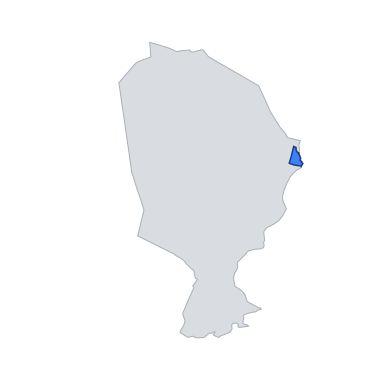 location of Diffa, Diffa, Niger, rotated 296°
{"feature_id": "23599985B49279802347692", "entity_name": "Diffa", "entity_type": "district", "adm_level": 2, "iso_a3": "NER", "parent_name": "Niger", "parent_adm1": "Diffa", "projection": "robinson", "projection_center": [12.611, 13.482], "detail": "fine", "context": "in_parent", "style": "filled", "palette": "blue", "viewbox_px": 384, "rotation_deg": 296, "n_neighbors": 0, "source": "geoboundaries", "source_scale": "gbopen_adm2", "svg_char_len": 3784}
<svg xmlns="http://www.w3.org/2000/svg" viewBox="0 0 384 384"><g transform="rotate(296 192 192)"><path d="M285.5,267.0L282.5,267.1L280.7,267.6L278.5,269.5L276.1,270.3L273.1,271.9L271.2,273.2L269.5,274.3L267.0,276.8L266.2,278.7L263.8,279.1L260.4,278.8L258.3,276.9L253.3,274.8L250.0,274.0L248.5,273.7L240.9,273.4L232.8,274.2L228.6,275.1L227.9,275.3L225.5,276.6L223.6,277.9L218.3,284.2L211.3,284.0L207.2,283.3L203.7,282.3L198.7,279.4L192.7,274.9L190.3,274.3L188.2,274.0L187.5,274.0L180.3,278.5L178.9,278.4L177.1,278.9L176.0,280.0L175.2,280.5L174.3,280.6L173.2,280.4L172.0,279.7L170.9,278.5L168.0,273.5L167.4,272.7L166.1,271.2L164.0,268.9L162.5,267.9L161.6,267.6L160.6,267.8L154.7,265.8L148.9,263.8L147.6,264.0L146.7,264.5L144.7,266.0L142.3,266.3L139.3,266.1L137.7,265.9L135.0,266.4L133.2,267.1L130.9,268.1L127.8,270.9L127.0,271.3L126.2,271.7L125.2,279.5L124.3,281.8L122.8,284.9L119.7,287.8L117.7,289.6L117.6,292.0L117.4,295.9L117.3,298.6L117.5,300.3L117.1,301.2L117.0,301.9L117.1,303.1L117.6,303.6L117.8,304.3L117.6,304.9L116.7,305.6L115.6,303.8L114.2,302.6L112.7,302.1L111.7,301.2L111.2,299.9L109.2,297.5L104.7,292.7L104.2,292.6L103.5,292.4L102.2,293.0L101.4,293.7L100.8,294.1L100.0,294.1L97.8,294.7L96.0,295.5L96.0,296.1L96.8,299.8L96.4,301.7L95.6,300.8L93.1,297.1L91.4,294.4L91.1,293.8L90.9,292.9L91.0,292.5L91.7,292.2L93.3,291.8L93.6,291.5L93.7,290.8L93.5,289.4L92.6,287.5L91.7,286.3L91.2,286.0L90.2,286.0L89.2,286.2L87.2,287.7L86.4,288.0L84.4,287.8L82.6,287.5L81.5,286.8L78.3,283.7L74.8,280.5L73.3,280.1L73.0,279.7L72.7,277.3L72.8,274.3L73.0,273.5L74.5,274.0L76.1,274.2L76.6,273.7L75.4,272.6L73.6,271.5L72.9,269.9L72.4,269.4L71.6,268.8L70.6,268.5L69.7,268.0L69.1,267.6L68.0,267.4L66.9,267.0L65.3,264.4L63.8,261.9L62.9,259.9L62.5,258.6L63.0,256.6L62.6,255.8L60.9,253.7L59.4,251.8L59.8,248.8L60.1,246.3L60.2,244.7L60.4,243.8L60.6,242.8L61.6,242.5L64.1,242.5L68.8,243.0L72.7,242.4L72.9,242.4L75.7,239.7L78.7,236.9L83.2,236.6L88.1,236.3L92.0,236.2L97.5,235.9L102.1,235.8L107.3,235.5L107.5,234.3L107.8,233.9L108.3,233.9L112.2,234.6L115.8,235.3L116.1,232.8L119.3,229.8L121.1,229.1L121.5,228.6L122.1,227.6L122.5,226.0L122.7,224.9L123.3,223.9L123.8,222.2L124.5,219.2L126.3,216.0L127.4,211.7L127.6,207.5L127.9,204.4L128.4,203.7L128.4,198.1L128.5,192.5L128.5,187.7L128.6,181.8L128.6,176.6L128.7,170.9L128.7,165.8L128.7,162.5L132.4,161.7L136.2,160.9L141.7,159.6L147.7,158.3L154.2,156.9L155.7,156.0L160.6,151.2L162.9,149.0L167.3,144.6L170.7,141.2L175.1,137.0L179.7,132.7L183.3,129.2L189.1,125.3L197.7,119.5L206.4,113.6L215.0,107.7L223.7,101.9L232.3,96.0L240.9,90.1L249.5,84.3L258.1,78.4L266.7,80.6L274.9,82.8L283.1,84.9L285.1,86.1L289.5,90.2L295.1,95.6L295.3,95.7L295.6,95.7L301.0,92.5L308.0,88.4L309.9,99.5L311.3,109.1L311.4,115.2L311.5,116.7L312.0,117.8L313.3,118.9L318.6,127.7L317.5,129.2L318.3,131.9L319.6,133.1L324.0,138.3L324.6,139.4L324.3,140.2L321.3,146.3L320.8,147.9L320.2,155.7L319.8,161.3L319.3,168.9L318.6,178.0L318.1,185.7L317.4,195.8L316.7,205.4L312.3,210.7L304.6,220.1L298.2,227.7L295.0,232.8L288.8,242.8L286.1,249.2L283.9,252.6L282.8,254.0L283.8,258.7L285.5,267.0Z" fill="#d9dde1" stroke="#a8b0b8" stroke-width="1"/><path d="M263.0,278.9L264.8,278.9L265.3,279.1L265.8,279.0L266.3,279.1L266.6,277.8L267.2,277.6L267.4,277.3L267.2,276.7L267.7,276.1L267.9,275.2L268.4,275.2L268.9,274.9L269.5,275.1L269.9,274.6L270.3,274.5L270.6,273.7L271.2,273.6L271.9,272.9L272.1,272.1L272.7,271.4L273.0,271.0L273.3,271.3L273.5,271.1L274.0,270.7L274.0,269.3L274.2,268.4L275.7,267.0L276.7,266.4L277.6,266.0L277.6,265.4L277.5,263.4L276.5,263.7L274.3,264.1L271.5,264.7L267.8,265.6L265.6,265.9L264.2,266.2L260.5,266.7L260.5,268.2L260.9,269.7L260.9,271.7L261.1,272.1L262.0,275.2L262.4,276.4L262.7,277.2L263.0,278.2L263.2,278.7L263.0,278.9Z" fill="#3b82f6" stroke="#1e3a8a" stroke-width="1.5"/></g></svg>